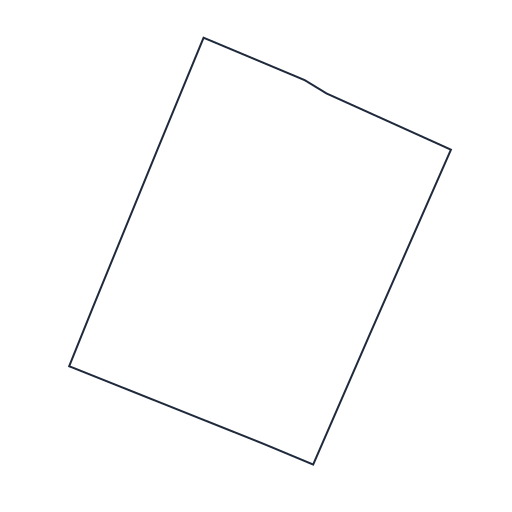 outline of Cortland, New York, United States of America, rotated 206°
{"feature_id": "52423323B21854369364698", "entity_name": "Cortland", "entity_type": "district", "adm_level": 2, "iso_a3": "USA", "parent_name": "United States of America", "parent_adm1": "New York", "projection": "orthographic", "projection_center": [-76.097, 42.599], "detail": "fine", "context": "isolated", "style": "outline", "palette": "slate", "viewbox_px": 512, "rotation_deg": 206, "n_neighbors": 0, "source": "geoboundaries", "source_scale": "gbopen_adm2", "svg_char_len": 318}
<svg xmlns="http://www.w3.org/2000/svg" viewBox="0 0 512 512"><g transform="rotate(206 256 256)"><path d="M113.2,93.6L119.2,231.3L119.3,233.1L127.4,437.0L213.2,434.5L263.8,433.0L289.3,435.4L398.8,429.2L391.3,309.3L380.1,138.3L375.6,75.0L167.8,90.4L113.2,93.6Z" fill="none" stroke="#1e293b" stroke-width="2"/></g></svg>